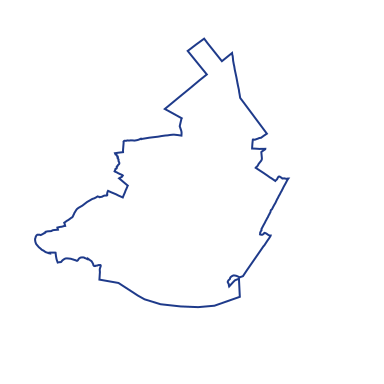 outline of Falcoiu, Olt, Romania, rotated 126°
{"feature_id": "2599482B90480034869987", "entity_name": "Falcoiu", "entity_type": "district", "adm_level": 2, "iso_a3": "ROU", "parent_name": "Romania", "parent_adm1": "Olt", "projection": "orthographic", "projection_center": [24.388, 44.224], "detail": "fine", "context": "isolated", "style": "outline", "palette": "blue", "viewbox_px": 384, "rotation_deg": 126, "n_neighbors": 0, "source": "geoboundaries", "source_scale": "gbopen_adm2", "svg_char_len": 6029}
<svg xmlns="http://www.w3.org/2000/svg" viewBox="0 0 384 384"><g transform="rotate(126 192 192)"><path d="M315.8,289.1L316.2,290.3L316.7,290.8L317.0,291.5L317.5,292.0L317.8,292.1L318.6,292.3L320.2,292.1L321.0,291.7L321.9,291.5L322.3,291.3L323.1,290.7L324.4,289.4L324.9,288.7L325.5,287.8L325.7,287.4L326.0,286.3L326.7,283.4L326.8,281.3L327.0,279.8L327.0,279.1L326.9,278.6L326.8,278.1L326.7,277.9L326.7,275.6L326.6,274.8L326.2,273.7L325.7,271.8L325.2,270.8L324.7,271.5L324.2,270.9L321.5,267.2L321.3,266.7L323.9,264.3L325.7,262.4L326.5,261.4L328.0,259.2L327.6,258.9L327.2,258.4L326.4,257.7L326.1,257.2L325.6,256.8L325.1,256.7L323.7,256.7L321.8,256.1L320.7,255.6L320.1,255.2L319.9,255.0L319.1,254.0L317.4,251.1L317.1,250.4L316.7,249.1L316.3,248.1L316.2,247.5L315.8,246.7L315.8,246.2L315.6,245.9L315.4,244.8L315.3,244.6L315.2,244.5L314.8,244.3L313.9,244.2L313.2,244.3L312.6,244.3L312.0,244.2L310.9,243.8L310.2,243.3L309.2,242.1L308.6,241.1L308.4,240.4L308.5,240.1L308.3,239.5L308.0,238.5L307.8,236.9L307.4,236.1L307.1,236.4L307.1,235.3L307.1,234.4L307.1,233.7L307.0,232.8L307.1,232.4L307.8,230.8L308.6,229.3L309.0,229.0L309.3,228.4L309.4,228.0L309.3,227.5L308.9,226.9L308.7,226.7L308.3,226.6L308.0,226.4L307.7,225.9L307.3,225.5L306.7,225.1L306.2,224.8L305.7,224.2L305.0,223.3L305.0,223.1L305.0,222.8L305.3,222.5L305.6,222.3L307.5,221.7L308.6,221.3L308.9,221.1L310.3,220.0L310.8,219.5L317.3,215.4L308.8,198.0L307.6,174.8L306.7,167.3L301.3,151.5L291.3,134.0L281.5,119.3L270.8,107.0L248.7,91.7L234.5,103.1L235.2,103.4L237.5,104.9L238.1,105.3L238.6,105.4L240.4,105.7L246.6,106.4L246.3,106.8L245.3,107.8L244.6,108.5L244.5,108.8L244.4,109.2L244.2,109.8L243.5,110.4L242.1,110.6L240.0,110.2L239.3,110.6L238.0,110.7L236.5,110.2L235.2,109.5L234.4,108.3L233.7,106.7L233.1,103.8L232.8,103.1L232.4,102.9L231.0,101.9L230.1,101.3L223.2,101.6L201.2,102.1L193.7,102.3L193.0,102.1L186.8,102.4L184.4,102.4L181.6,102.6L181.0,102.8L181.4,103.4L181.7,103.8L181.9,105.2L181.9,107.4L182.3,109.2L182.9,109.5L183.3,109.5L183.7,109.4L184.5,109.7L185.1,109.9L185.6,110.4L186.1,111.4L186.3,112.0L185.8,112.2L185.2,112.8L183.7,113.2L183.3,113.3L182.3,113.2L181.8,113.4L181.3,114.0L176.5,114.7L173.9,115.0L172.5,115.3L170.7,115.5L168.8,115.8L167.9,115.8L166.6,116.1L165.6,116.3L164.7,116.3L164.3,116.4L164.2,116.5L163.1,116.6L161.9,116.8L160.8,117.4L160.3,117.5L160.1,117.5L159.3,117.2L158.7,117.2L156.3,117.6L155.4,117.7L154.1,117.9L152.6,118.0L151.1,118.2L150.8,118.3L147.7,118.9L146.3,119.0L144.3,119.4L142.1,119.6L139.9,120.0L138.4,120.1L137.6,120.3L136.7,120.4L133.9,120.9L131.4,121.2L129.7,121.4L127.1,121.8L125.4,122.0L124.9,122.0L124.5,122.0L124.8,122.4L125.4,122.9L125.6,123.0L126.1,123.9L126.3,124.4L126.5,124.9L126.6,125.2L127.0,125.5L127.1,125.8L127.5,126.3L128.0,126.8L128.0,127.0L127.9,127.2L127.9,127.3L127.9,128.2L127.9,128.5L128.0,129.1L128.0,130.0L128.1,130.3L128.3,130.7L128.8,131.0L129.2,131.0L130.0,131.0L131.0,130.8L131.6,130.7L132.4,130.8L133.6,131.1L134.1,131.1L134.2,135.6L134.3,136.9L134.4,137.3L134.4,140.7L134.5,143.8L134.5,144.6L135.0,154.7L134.4,154.7L133.3,154.4L132.1,154.3L131.3,154.4L130.1,154.6L127.9,154.5L126.1,154.4L125.5,154.5L124.9,154.6L124.2,154.9L123.5,155.4L119.3,159.1L118.9,159.4L118.3,159.3L114.4,157.9L114.0,158.1L117.6,162.9L120.1,166.9L121.5,168.9L120.5,169.6L116.8,171.9L113.8,173.6L113.6,173.5L113.0,172.2L112.6,171.8L110.0,170.0L108.8,169.3L108.0,168.5L107.5,168.0L104.3,167.0L100.8,165.7L88.6,204.9L87.7,208.0L87.3,208.6L85.0,210.9L83.6,212.4L81.8,214.1L78.4,217.9L77.6,218.7L77.6,218.8L76.7,219.7L73.1,223.5L67.8,229.4L65.5,231.7L64.1,233.3L61.6,235.9L60.9,236.5L58.1,239.0L57.3,240.1L56.0,241.3L68.6,244.7L62.5,266.8L60.8,272.3L70.4,275.4L80.4,278.4L85.8,258.2L88.2,249.1L97.2,251.6L97.7,251.7L110.8,255.0L119.9,257.4L140.8,262.8L138.4,243.7L138.7,243.7L141.3,242.6L146.0,240.6L148.7,236.8L149.3,236.1L149.9,235.5L151.3,234.5L152.6,233.7L154.2,236.8L156.2,240.3L157.0,241.3L158.5,243.0L160.5,245.0L162.1,246.9L164.9,249.8L166.4,251.2L167.4,252.2L170.8,255.9L173.1,258.4L178.6,263.8L178.9,264.0L178.7,264.3L178.7,264.5L178.9,264.7L180.9,265.8L182.2,266.8L184.2,268.7L185.0,270.1L185.6,271.0L186.2,271.9L187.1,272.8L187.7,273.6L188.2,274.5L188.6,274.9L188.8,275.0L189.3,275.4L189.7,276.0L190.1,276.6L190.3,276.8L190.5,276.9L191.1,277.0L191.5,277.0L192.3,276.3L198.7,272.4L200.3,271.2L203.4,274.6L205.9,277.1L206.1,276.8L206.4,276.2L206.1,276.1L205.9,275.8L205.9,275.5L206.0,275.2L206.2,274.9L206.8,274.3L206.9,273.9L207.0,273.5L207.0,273.2L206.9,273.1L207.4,272.3L207.7,272.2L207.8,272.6L208.2,272.2L208.6,271.7L208.7,270.8L209.2,270.2L209.6,270.1L210.1,269.7L210.3,269.4L210.8,268.4L211.1,268.0L211.6,267.6L211.8,267.5L212.3,267.4L213.7,267.7L215.0,267.5L215.4,267.8L215.7,267.8L216.0,267.7L216.5,267.1L216.9,266.9L217.4,266.9L217.7,267.0L218.1,267.4L218.5,267.5L219.2,267.1L220.2,266.9L220.8,266.8L220.8,266.5L220.7,265.9L220.3,264.3L220.3,263.6L219.9,261.2L219.4,259.1L219.3,258.6L219.3,257.9L219.3,257.7L220.6,257.6L220.8,257.8L221.4,257.8L222.1,258.3L222.8,258.6L223.8,259.0L224.6,247.7L225.0,247.7L226.0,247.4L227.3,247.1L228.1,246.9L228.4,246.9L229.8,246.6L231.9,246.0L234.7,245.4L237.1,244.8L238.1,249.4L238.5,252.1L239.8,257.5L240.4,260.6L241.2,260.5L242.8,259.9L243.6,259.5L243.8,259.2L244.0,258.9L244.5,258.7L244.8,258.8L245.0,258.9L245.3,259.3L246.4,260.8L247.6,261.5L248.7,262.0L250.6,263.8L250.5,264.3L251.0,265.4L251.1,265.8L253.1,266.6L254.8,267.5L255.4,268.0L256.3,268.6L257.4,269.1L258.6,269.6L261.7,271.0L267.5,272.7L270.4,274.0L271.5,274.5L273.2,275.0L274.3,275.1L278.2,274.8L279.3,274.5L280.3,274.4L280.8,274.2L281.8,274.1L282.0,274.0L282.5,274.0L283.1,274.1L283.6,274.4L287.4,275.6L288.6,276.2L292.0,277.3L292.6,276.3L294.0,274.7L294.8,275.6L295.7,276.2L296.9,277.2L297.2,277.6L297.8,278.2L298.2,278.6L299.9,280.0L301.3,278.3L303.8,281.2L304.6,282.0L305.3,282.5L306.1,282.7L306.8,283.4L308.7,285.7L310.3,287.1L310.7,286.8L311.0,286.8L311.9,287.1L312.4,287.4L312.6,287.7L313.0,287.7L313.6,288.0L314.1,288.2L315.4,288.9L315.8,289.1Z" fill="none" stroke="#1e3a8a" stroke-width="2"/></g></svg>